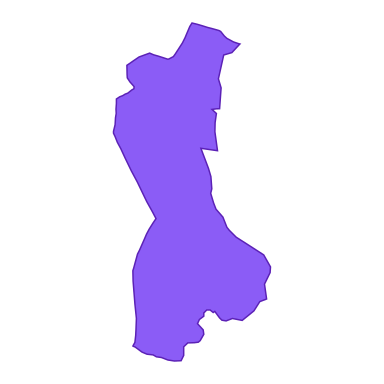 outline of Al-Shamiya, Al-Qādisiyyah, Iraq
{"feature_id": "34846034B85923649366484", "entity_name": "Al-Shamiya", "entity_type": "district", "adm_level": 2, "iso_a3": "IRQ", "parent_name": "Iraq", "parent_adm1": "Al-Qādisiyyah", "projection": "orthographic", "projection_center": [44.634, 31.867], "detail": "fine", "context": "isolated", "style": "filled", "palette": "violet", "viewbox_px": 384, "rotation_deg": 0, "n_neighbors": 0, "source": "geoboundaries", "source_scale": "gbopen_adm2", "svg_char_len": 1799}
<svg xmlns="http://www.w3.org/2000/svg" viewBox="0 0 384 384"><path d="M239.9,44.0L238.1,43.5L233.4,41.9L229.2,39.6L226.9,38.4L224.3,36.0L220.7,31.5L219.2,30.6L216.8,29.9L211.4,28.4L207.8,27.5L202.4,25.8L197.3,24.3L192.0,23.0L189.8,26.5L186.9,33.3L185.1,37.6L182.4,43.0L175.2,54.1L173.4,56.6L168.8,59.0L167.8,59.2L163.5,57.8L158.2,56.1L153.6,54.8L150.8,53.6L149.7,53.1L145.0,54.8L139.0,57.0L133.3,60.9L128.1,64.5L126.9,65.3L127.1,74.7L127.3,77.9L130.0,82.0L134.1,86.6L133.9,88.8L132.0,89.8L127.7,93.2L125.2,94.1L122.8,95.6L119.7,96.8L116.4,99.0L116.4,103.6L116.0,109.2L116.2,113.5L115.5,117.7L115.1,124.7L113.5,131.3L113.5,133.2L115.1,136.6L117.4,142.4L120.8,148.7L125.2,158.2L131.3,170.8L137.3,182.0L144.9,197.8L146.8,201.7L152.7,212.3L156.0,218.6L153.1,222.9L152.1,224.5L149.2,229.1L146.5,234.2L144.3,239.3L139.5,250.2L137.5,254.1L134.8,264.0L133.7,268.1L132.9,270.6L132.9,271.8L133.1,281.2L134.9,303.8L136.4,318.4L136.0,329.3L135.7,335.4L134.9,342.4L133.0,345.8L133.0,346.2L133.3,346.3L135.1,347.0L142.0,352.1L147.0,354.2L153.1,354.9L156.4,356.8L161.4,357.5L167.9,360.0L174.4,361.0L181.1,360.7L183.7,355.4L183.7,346.8L187.8,342.9L194.3,342.7L198.3,342.2L200.2,340.6L203.8,334.3L203.2,329.9L197.5,323.7L199.4,319.5L203.8,316.2L203.8,313.0L206.7,310.0L210.1,310.0L213.2,312.5L214.8,311.4L219.5,317.8L221.9,320.2L226.1,320.9L232.4,318.5L242.2,320.4L253.9,310.9L259.8,301.6L266.6,299.0L264.5,284.1L270.1,272.6L270.5,266.9L263.7,254.9L258.0,251.2L236.2,237.2L229.4,230.4L228.6,229.4L226.9,227.3L222.9,217.1L216.0,209.2L213.6,203.0L210.7,193.3L211.8,188.8L210.9,176.6L208.5,168.5L200.9,148.3L217.5,150.7L214.9,131.8L215.1,122.7L216.4,113.5L212.0,109.4L216.6,108.8L219.6,108.7L221.1,87.9L218.4,78.8L223.7,55.0L231.9,52.6L239.2,44.7L239.9,44.0Z" fill="#8b5cf6" stroke="#5b21b6" stroke-width="1.5"/></svg>